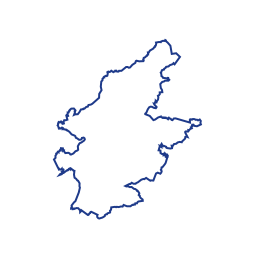 Huauchinango, Puebla, Mexico, rotated 20°
{"feature_id": "50627088B14545810389102", "entity_name": "Huauchinango", "entity_type": "district", "adm_level": 2, "iso_a3": "MEX", "parent_name": "Mexico", "parent_adm1": "Puebla", "projection": "albers", "projection_center": [-98.05, 20.178], "detail": "fine", "context": "isolated", "style": "outline", "palette": "blue", "viewbox_px": 256, "rotation_deg": 20, "n_neighbors": 0, "source": "geoboundaries", "source_scale": "gbopen_adm2", "svg_char_len": 5817}
<svg xmlns="http://www.w3.org/2000/svg" viewBox="0 0 256 256"><g transform="rotate(20 128 128)"><path d="M69.2,182.9L75.4,188.9L76.3,189.4L76.1,189.5L77.4,190.7L77.9,190.1L79.2,190.1L79.7,188.9L80.1,189.7L81.4,189.0L81.8,189.4L81.8,191.2L81.0,191.8L81.3,192.0L81.5,193.0L80.0,194.5L79.6,195.7L81.6,194.0L81.7,193.1L82.8,192.3L85.4,188.2L85.9,188.4L87.1,186.6L86.7,186.3L87.3,185.7L88.2,186.4L88.3,185.6L88.7,185.7L88.7,186.0L90.7,186.3L91.4,186.8L92.3,186.6L93.2,190.3L94.8,193.0L96.7,193.5L98.3,194.6L99.1,194.6L101.4,196.5L102.3,199.3L103.2,200.5L103.8,205.4L103.6,214.8L102.7,216.3L101.5,220.1L102.2,221.2L101.9,222.3L102.1,223.2L103.1,222.6L103.6,223.2L104.6,222.2L105.0,222.6L106.9,220.9L108.7,220.4L111.1,221.8L111.8,223.4L112.3,222.3L112.2,221.2L119.8,223.4L120.1,222.9L120.6,223.0L121.1,221.2L121.5,220.9L121.5,219.8L122.1,219.3L129.1,220.0L129.0,221.0L129.6,222.2L130.9,222.9L131.9,222.9L134.6,220.9L136.3,218.8L136.1,217.8L136.9,216.6L137.8,216.2L137.9,215.2L140.0,213.6L140.0,213.0L139.4,211.9L140.0,210.6L139.4,208.3L142.8,206.5L143.9,206.5L144.4,205.9L146.3,205.5L148.3,204.1L149.8,203.7L150.2,201.8L153.8,201.9L157.1,200.7L158.1,199.1L159.2,198.5L159.2,198.1L160.7,197.6L160.6,196.3L162.2,195.7L162.3,194.5L162.9,193.5L166.8,191.4L166.2,190.2L163.8,189.4L162.4,188.3L162.2,187.6L161.0,187.3L161.0,185.5L159.2,184.1L158.3,184.1L158.2,183.6L155.8,182.9L154.3,183.1L151.6,182.2L150.0,182.9L147.9,182.8L146.4,183.5L145.4,183.4L148.6,180.0L149.4,179.8L150.2,178.2L152.2,178.5L154.2,177.8L154.5,177.0L155.9,175.6L158.2,172.0L159.9,170.6L160.8,170.5L162.1,168.7L166.9,169.9L167.1,169.5L169.8,168.7L169.9,161.2L171.2,159.8L174.0,159.9L174.5,158.5L174.4,157.0L173.2,156.1L173.4,154.9L173.0,153.6L173.9,152.7L175.0,149.4L175.3,147.9L175.0,142.7L174.4,142.5L174.6,141.6L175.1,141.4L174.6,139.6L174.5,141.1L173.9,141.5L174.0,140.6L173.6,140.7L173.4,140.3L174.0,139.9L173.8,139.6L173.1,139.9L172.6,139.7L173.1,140.4L172.6,141.3L171.8,140.3L171.1,140.5L171.3,141.0L170.7,141.5L170.4,140.7L170.8,140.0L170.5,139.8L170.1,140.4L168.6,140.8L167.5,140.4L166.5,140.7L167.1,140.1L166.2,138.1L164.4,138.5L164.1,134.2L164.7,134.3L164.1,133.8L166.4,133.7L164.7,132.9L164.8,132.6L165.6,132.9L164.9,131.9L165.0,131.4L166.9,133.1L167.7,132.5L170.3,132.6L170.6,133.3L171.5,133.5L174.8,132.8L176.3,131.9L176.2,131.2L175.1,129.7L176.3,129.3L176.7,127.4L178.8,126.2L179.5,124.7L181.3,123.4L183.4,123.0L183.5,122.0L185.3,118.4L184.9,116.8L185.7,116.1L187.0,116.1L183.3,112.7L183.1,111.9L183.5,111.4L185.7,110.8L185.9,110.3L185.4,109.3L186.1,109.2L187.2,106.8L187.9,106.7L188.1,106.4L187.0,105.7L187.5,105.2L187.8,104.2L187.2,104.0L187.2,103.4L187.9,103.6L188.1,102.5L188.5,102.5L188.8,103.1L189.6,103.3L192.2,102.8L195.3,99.7L194.3,98.5L194.0,96.5L192.5,95.5L191.2,96.9L190.0,96.6L188.6,97.2L187.7,96.9L186.1,97.3L184.8,98.1L184.9,98.4L183.5,98.5L183.3,99.2L184.4,101.7L169.4,102.7L167.8,103.4L167.1,105.4L166.2,105.5L164.9,104.7L163.7,104.8L162.8,104.3L162.2,105.2L162.8,105.8L162.7,106.1L160.9,105.5L158.3,106.3L158.6,105.7L156.2,106.4L154.9,106.4L154.8,106.1L152.7,107.8L150.6,110.8L149.2,111.9L144.3,109.2L139.5,109.1L139.3,108.6L140.0,107.3L140.2,103.7L140.8,101.3L141.8,100.3L143.1,99.9L145.5,100.2L147.4,99.9L147.7,99.0L147.7,98.5L144.8,97.0L144.0,96.2L144.7,96.1L144.7,94.2L145.7,95.1L144.9,93.1L146.0,93.7L146.0,92.5L146.5,91.0L146.0,88.7L145.1,87.5L145.9,86.6L146.3,85.3L145.6,83.7L148.0,82.6L147.0,80.7L145.1,79.1L143.3,75.7L144.4,73.0L146.0,71.9L146.5,70.9L149.8,69.7L150.3,68.6L148.8,67.8L148.6,67.2L148.2,67.3L148.0,68.2L147.2,68.1L143.8,68.9L142.8,68.0L141.7,67.8L140.8,65.8L139.8,64.7L140.2,63.9L140.1,62.1L141.9,60.7L141.7,60.0L142.8,58.5L142.9,57.5L145.0,56.3L145.8,54.7L148.2,52.7L148.6,51.5L150.0,52.2L152.5,43.4L147.7,41.3L143.8,43.4L139.7,36.2L135.9,34.1L134.4,33.6L133.6,32.7L132.9,32.6L132.8,33.6L130.9,34.2L129.5,35.4L129.5,36.1L127.7,36.6L125.1,38.1L125.6,38.8L125.9,40.9L125.4,41.5L125.7,42.2L125.4,43.0L124.8,43.4L124.7,44.6L122.1,47.8L121.6,50.2L120.9,50.3L121.8,52.1L121.1,52.7L121.2,53.6L120.2,54.7L120.1,55.5L118.8,56.7L119.1,57.8L118.8,58.3L119.7,59.3L119.6,59.9L115.8,61.5L112.9,61.9L112.5,62.5L112.6,64.3L110.5,67.1L109.2,70.4L108.2,71.1L106.8,70.8L105.4,71.3L102.3,76.5L100.0,77.3L99.8,78.2L99.3,78.5L98.0,78.7L97.4,78.1L96.3,78.5L96.2,79.6L95.2,80.0L95.0,80.5L92.7,79.9L92.1,81.2L91.5,81.7L90.2,81.7L89.5,82.6L90.3,83.5L90.7,85.9L90.3,86.5L89.4,86.5L88.1,87.9L88.4,88.6L87.7,88.9L87.6,90.0L87.2,90.5L87.7,92.0L87.0,93.4L88.3,98.5L90.2,101.5L89.3,105.8L90.5,109.5L86.2,117.4L85.0,118.8L83.0,119.9L82.9,121.7L81.6,122.4L80.5,124.7L79.8,124.8L79.3,125.3L79.4,125.7L77.4,126.7L77.0,129.4L76.1,132.2L74.3,133.0L74.0,132.9L72.8,134.1L72.8,131.5L72.2,130.6L72.6,130.3L72.6,129.4L70.5,128.2L68.1,129.2L67.2,130.7L67.3,131.5L66.8,131.8L66.9,133.6L66.0,134.0L66.4,134.6L66.3,136.4L67.4,136.7L67.6,137.1L67.0,137.4L65.8,137.0L65.7,137.3L68.2,140.9L66.7,142.1L65.4,142.5L65.3,144.6L66.2,145.5L66.1,145.9L65.3,145.9L64.9,146.4L64.1,145.7L63.9,145.0L62.9,144.7L62.4,145.1L62.5,145.8L62.1,146.2L60.8,146.1L60.7,147.6L61.1,148.5L61.0,149.7L61.8,150.1L62.8,151.6L63.4,151.5L63.5,152.1L65.4,151.3L65.8,150.9L65.5,150.7L65.8,150.2L66.7,150.6L66.9,151.1L67.3,150.5L68.4,151.2L69.6,150.8L71.2,151.1L71.2,150.8L74.2,151.6L77.2,153.3L80.4,153.4L81.3,153.7L82.3,155.0L83.7,155.1L86.1,155.8L87.7,155.0L88.2,154.1L88.1,153.1L89.6,152.2L90.6,152.5L91.3,153.4L91.1,154.7L89.2,157.5L87.9,158.7L87.5,159.8L87.1,162.3L88.6,165.5L88.2,166.4L86.6,167.8L85.4,170.6L83.6,172.4L82.9,172.6L81.8,171.8L80.4,171.7L77.7,173.0L76.3,172.1L75.4,170.9L75.0,171.1L75.1,170.8L74.7,170.8L74.6,171.1L73.8,169.4L71.9,169.9L72.1,170.7L71.8,171.5L72.5,171.7L72.4,172.1L71.8,172.3L71.7,172.9L70.6,173.9L71.0,174.6L70.1,174.6L70.1,175.5L69.3,176.5L69.8,177.0L69.3,178.8L70.1,180.8L69.2,182.9Z" fill="none" stroke="#1e3a8a" stroke-width="2"/></g></svg>